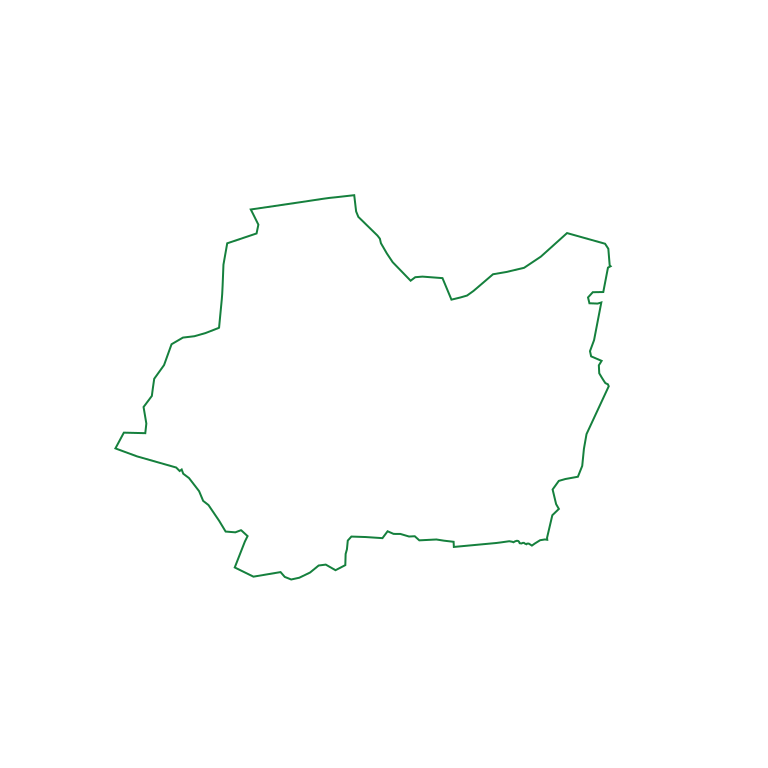 Dukku, Gombe, Nigeria, rotated 238°
{"feature_id": "59680162B57621312639176", "entity_name": "Dukku", "entity_type": "district", "adm_level": 2, "iso_a3": "NGA", "parent_name": "Nigeria", "parent_adm1": "Gombe", "projection": "natural_earth1", "projection_center": [10.811, 10.771], "detail": "fine", "context": "isolated", "style": "outline", "palette": "green", "viewbox_px": 768, "rotation_deg": 238, "n_neighbors": 0, "source": "geoboundaries", "source_scale": "gbopen_adm2", "svg_char_len": 2002}
<svg xmlns="http://www.w3.org/2000/svg" viewBox="0 0 768 768"><g transform="rotate(238 384 384)"><path d="M165.4,439.9L167.2,440.8L183.5,457.2L185.4,466.1L190.9,466.3L205.2,471.1L209.2,480.9L207.3,487.5L202.6,499.3L209.5,508.7L223.1,519.2L234.2,529.2L263.0,573.4L265.1,573.7L267.5,572.2L270.5,572.1L274.5,572.1L279.0,572.2L286.0,576.1L288.3,580.8L297.7,574.3L302.7,576.1L309.9,585.4L338.0,611.5L339.0,607.8L343.6,601.0L349.3,602.9L351.2,609.7L345.8,618.7L364.0,635.6L363.8,638.6L365.1,638.3L379.8,645.9L385.8,645.8L415.0,619.2L408.9,584.5L408.3,564.4L414.2,547.0L419.3,534.6L415.5,509.2L415.0,501.3L416.9,494.6L419.8,485.9L442.8,489.7L454.7,473.5L458.0,467.1L457.5,461.3L482.7,455.9L493.2,455.6L505.0,456.0L509.4,457.5L513.4,457.1L539.3,450.8L545.1,451.8L559.9,458.8L567.9,442.1L570.7,436.4L573.4,430.4L582.5,409.4L602.6,363.5L597.9,363.1L593.8,362.7L585.7,361.9L579.2,355.7L586.4,325.6L570.3,311.1L552.7,299.1L546.1,294.5L541.9,291.4L519.2,274.0L519.1,273.8L521.8,259.6L525.0,248.5L529.9,238.1L530.2,228.4L530.3,224.9L516.6,207.5L510.2,191.9L503.1,185.9L496.9,180.8L491.9,167.9L476.4,161.5L468.8,155.5L480.6,137.6L471.7,122.1L464.6,127.6L453.5,136.2L435.8,152.2L423.3,163.5L418.5,164.6L418.7,167.1L414.3,166.2L407.5,168.8L391.1,170.4L380.7,168.7L374.4,171.0L355.2,171.7L342.8,171.5L337.0,179.3L335.8,185.2L335.6,185.4L327.3,187.7L324.1,182.5L307.5,160.2L289.8,171.2L279.3,196.6L273.0,197.6L267.4,201.7L264.6,209.5L263.3,221.4L264.7,232.4L261.7,238.9L251.8,244.2L250.9,255.2L260.2,261.4L263.5,265.0L270.4,270.3L271.9,275.5L263.9,287.4L254.1,301.0L257.2,309.0L251.8,312.7L248.2,318.4L241.4,324.4L238.6,329.4L232.7,331.1L224.4,346.0L219.3,351.9L213.3,359.4L208.8,356.9L189.7,394.9L187.8,399.0L184.3,406.9L182.2,409.2L181.2,409.9L181.1,411.9L180.6,413.7L179.6,414.7L178.4,414.9L177.1,414.7L175.9,416.1L175.7,417.5L175.1,418.5L174.0,418.9L172.6,419.9L172.8,420.8L171.9,422.2L170.3,423.0L168.6,423.8L168.8,427.4L168.8,433.6L166.9,438.1L165.4,439.9Z" fill="none" stroke="#15803d" stroke-width="2"/></g></svg>